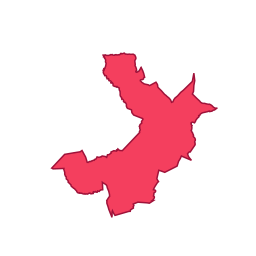 the district of Chenalhó, Chiapas, Mexico, rotated 327°
{"feature_id": "50627088B91790774450197", "entity_name": "Chenalhó", "entity_type": "district", "adm_level": 2, "iso_a3": "MEX", "parent_name": "Mexico", "parent_adm1": "Chiapas", "projection": "natural_earth1", "projection_center": [-92.559, 16.972], "detail": "fine", "context": "isolated", "style": "filled", "palette": "rose", "viewbox_px": 256, "rotation_deg": 327, "n_neighbors": 0, "source": "geoboundaries", "source_scale": "gbopen_adm2", "svg_char_len": 5816}
<svg xmlns="http://www.w3.org/2000/svg" viewBox="0 0 256 256"><g transform="rotate(327 128 128)"><path d="M213.1,117.9L207.3,124.0L194.9,126.5L191.7,126.8L187.1,128.1L183.5,128.5L181.5,129.4L180.0,130.5L178.5,130.2L179.0,127.8L178.8,125.5L177.8,122.4L177.6,121.3L177.0,119.8L176.3,114.9L175.7,112.3L175.3,110.3L175.4,109.7L176.1,108.3L176.4,107.4L176.4,104.8L169.3,104.2L169.1,104.1L168.5,102.8L166.0,100.3L165.4,99.5L165.2,98.8L164.4,97.2L164.3,95.9L164.0,95.2L164.4,94.6L164.8,94.5L165.6,94.7L166.5,95.3L166.8,95.4L167.7,95.3L168.0,94.8L168.7,94.5L169.0,94.3L169.6,94.5L170.9,90.7L171.6,87.6L172.0,84.3L171.4,84.5L171.2,85.1L170.4,85.1L169.6,85.6L168.2,86.2L166.6,86.2L165.6,86.0L165.3,85.6L165.2,85.3L165.4,84.7L166.2,84.4L166.5,84.5L167.2,83.2L167.4,82.3L167.6,81.8L167.8,80.6L167.8,79.8L168.0,79.4L168.7,78.6L170.1,75.7L170.6,75.1L172.3,74.2L172.8,73.5L173.2,72.3L173.4,70.5L173.1,70.2L172.8,69.2L172.2,68.7L170.5,67.8L169.3,66.7L168.4,66.3L167.8,66.0L167.2,65.4L166.1,64.6L165.9,64.2L165.8,63.3L165.5,63.1L163.7,62.6L163.2,62.5L163.1,62.0L162.8,61.6L162.5,61.5L161.5,61.9L160.9,62.0L160.5,61.6L159.2,61.2L158.7,60.7L158.4,60.6L158.2,60.5L157.9,59.9L157.3,59.8L157.1,59.6L156.7,59.7L156.3,59.6L156.2,59.3L155.5,59.1L155.1,58.7L154.7,57.7L154.3,57.7L154.0,57.6L153.4,57.0L152.9,57.1L152.7,56.9L152.3,56.9L151.1,56.5L149.4,55.3L149.0,54.5L148.5,54.5L148.4,54.2L147.8,53.9L147.6,54.0L147.3,53.8L147.0,53.4L146.8,53.3L146.7,53.7L146.8,54.5L146.2,55.1L146.4,55.3L146.9,55.5L146.9,55.8L146.8,56.2L146.3,56.8L146.5,57.9L146.4,58.3L146.3,58.8L145.8,59.4L145.1,60.3L145.0,61.4L144.8,61.7L144.8,62.0L142.9,63.9L142.6,64.3L141.9,64.6L141.2,65.3L140.8,65.4L140.4,65.0L140.1,65.0L139.9,66.1L139.6,66.4L139.4,66.4L138.9,65.9L138.5,66.1L138.2,67.3L137.7,67.7L137.4,68.2L137.2,69.5L137.2,70.7L137.1,71.2L137.0,71.3L137.0,71.5L137.7,71.7L137.9,72.2L138.2,72.5L138.1,72.9L137.7,73.7L137.5,73.9L137.4,74.5L137.5,74.7L137.3,75.5L137.9,75.7L138.3,75.7L138.5,76.0L138.5,76.6L137.9,77.5L137.9,78.0L138.0,78.3L138.5,78.4L138.8,78.7L139.1,79.3L139.1,79.6L139.1,80.0L138.3,80.5L138.2,81.0L138.3,81.2L138.8,81.3L139.1,80.8L139.3,80.8L139.5,81.9L139.5,82.6L138.6,84.4L138.8,84.8L139.4,85.8L140.2,86.4L140.5,87.3L141.2,87.1L141.4,87.2L141.4,87.9L142.1,89.1L142.4,89.8L142.0,90.2L141.4,91.4L141.3,92.9L140.2,94.9L139.4,96.0L139.0,97.1L139.0,98.1L139.2,98.7L139.2,99.1L138.7,99.8L138.5,100.5L139.0,100.5L139.2,100.9L139.4,101.9L139.3,102.7L138.8,103.0L138.7,103.5L139.0,104.1L138.9,104.6L139.7,105.0L139.6,107.1L139.5,107.4L138.9,108.2L138.5,108.9L138.2,110.4L138.3,111.3L140.8,114.6L139.6,117.3L139.8,120.2L145.4,128.0L145.4,128.6L145.1,129.0L143.0,129.8L142.5,130.4L142.3,131.2L142.2,131.4L140.3,131.6L139.9,131.7L139.8,131.9L139.3,132.2L139.0,132.5L138.4,132.7L138.4,133.6L137.9,134.1L137.6,134.8L137.3,136.2L137.1,136.4L135.8,137.1L135.5,137.4L135.3,138.1L110.9,143.9L108.7,142.3L108.1,140.0L107.6,140.3L107.6,140.8L107.2,141.0L106.5,140.2L105.8,141.1L103.7,139.3L100.6,138.9L100.2,139.8L97.6,140.0L96.2,139.3L94.1,141.0L93.5,139.6L91.1,137.4L90.4,137.4L90.0,137.6L89.6,137.3L89.2,137.3L87.9,136.9L87.1,136.3L86.3,135.4L85.6,135.9L84.0,136.6L83.2,136.2L82.1,136.7L81.6,136.2L80.2,136.1L79.3,135.7L78.6,135.9L77.5,135.1L75.7,135.1L75.3,134.6L75.1,134.5L76.6,129.4L77.2,121.8L74.9,121.9L69.3,119.4L60.5,115.6L42.2,120.1L42.7,120.8L42.8,121.4L52.2,127.0L51.6,127.6L51.4,128.6L50.7,130.9L50.0,131.9L49.7,132.5L49.3,134.4L49.6,134.8L49.6,135.2L48.5,137.1L49.1,139.0L48.8,140.3L48.3,140.7L49.2,144.7L48.9,145.1L48.7,146.2L49.2,147.3L49.5,148.7L50.2,150.0L50.1,150.4L50.6,152.8L50.4,153.3L50.5,154.7L51.1,155.5L51.6,155.8L52.2,156.0L52.4,156.4L52.2,156.5L53.2,157.2L53.3,157.4L53.7,157.5L54.4,158.7L55.4,159.6L55.8,159.8L56.0,159.7L56.1,160.0L56.5,160.4L57.1,160.5L57.9,161.3L58.4,161.4L59.0,161.5L59.4,161.4L59.8,161.6L60.6,161.8L61.0,163.0L63.2,164.0L63.7,162.9L64.3,163.1L64.5,162.9L64.9,163.5L65.5,163.6L65.9,163.5L66.0,164.0L66.4,164.5L66.8,164.8L67.0,164.7L67.3,165.0L68.2,164.3L69.2,165.5L69.5,165.5L70.5,165.1L70.9,165.2L71.2,165.1L72.1,165.4L72.4,165.7L73.2,166.0L76.9,159.7L77.1,160.4L77.5,160.9L78.1,162.2L78.8,163.9L78.7,165.3L78.1,166.8L77.4,170.5L76.4,173.4L75.3,175.4L74.3,175.6L70.6,177.3L70.4,177.9L69.3,179.6L68.4,183.2L67.6,185.8L65.9,194.2L66.6,193.1L67.1,192.6L67.9,191.2L68.9,189.8L69.9,188.9L69.5,192.0L69.5,194.2L83.3,198.4L84.5,199.1L85.6,198.0L88.9,198.1L89.6,196.7L90.6,196.4L91.0,194.6L95.9,195.6L103.3,201.2L105.0,202.7L109.9,202.7L109.1,202.1L109.5,202.1L110.4,201.6L111.3,201.3L112.2,200.7L112.6,200.1L112.6,199.4L112.3,198.9L113.6,197.7L114.2,196.7L116.2,196.5L116.9,195.9L117.0,195.5L116.9,194.9L115.7,193.6L117.0,192.7L118.8,191.7L123.0,189.8L124.4,189.6L124.4,187.4L124.6,186.2L130.8,180.2L132.2,181.9L134.7,185.2L148.4,186.7L152.4,183.4L152.7,183.3L155.2,182.1L157.5,180.6L163.6,189.6L163.2,186.0L163.2,184.6L163.9,182.0L166.5,181.4L167.1,182.0L175.2,178.6L175.5,177.8L175.8,177.6L176.0,177.2L176.2,176.7L176.2,176.1L177.0,175.4L177.7,175.0L178.1,174.5L178.5,173.3L178.5,172.2L178.2,171.3L178.2,170.7L178.4,170.6L178.7,170.0L179.0,169.8L179.3,167.9L179.5,167.3L179.4,166.2L179.7,165.3L179.5,164.9L179.5,164.6L179.9,164.3L180.7,163.8L181.8,162.5L182.2,161.3L183.0,161.0L183.1,160.9L182.9,160.0L182.9,159.5L183.4,158.9L183.4,158.4L183.6,158.1L185.0,158.0L185.6,158.5L186.2,159.4L186.6,159.9L188.2,159.2L188.6,158.8L189.0,158.5L191.3,157.6L193.7,157.2L194.1,156.1L195.2,156.4L196.3,155.7L198.7,155.8L203.3,157.5L205.4,158.1L205.4,158.7L207.6,159.6L209.2,159.5L210.4,160.0L212.9,159.8L213.8,160.0L211.9,158.8L211.7,158.5L211.0,157.1L210.7,155.5L210.5,154.7L209.9,153.3L209.3,152.5L209.1,152.2L208.6,152.1L207.2,150.8L205.7,149.1L204.1,148.0L203.4,147.0L202.9,145.9L202.8,144.5L201.9,141.0L200.5,134.6L202.9,133.0L206.4,128.2L209.8,124.6L213.1,117.9Z" fill="#f43f5e" stroke="#9f1239" stroke-width="1.5"/></g></svg>